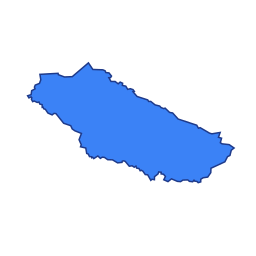 Iglesia, San Juan, Argentina, rotated 295°
{"feature_id": "61730980B72303812021480", "entity_name": "Iglesia", "entity_type": "district", "adm_level": 2, "iso_a3": "ARG", "parent_name": "Argentina", "parent_adm1": "San Juan", "projection": "albers", "projection_center": [-69.7, -29.592], "detail": "medium", "context": "isolated", "style": "filled", "palette": "blue", "viewbox_px": 256, "rotation_deg": 295, "n_neighbors": 0, "source": "geoboundaries", "source_scale": "gbopen_adm2", "svg_char_len": 1854}
<svg xmlns="http://www.w3.org/2000/svg" viewBox="0 0 256 256"><g transform="rotate(295 128 128)"><path d="M170.1,80.6L166.2,71.4L170.3,64.6L151.0,55.8L147.4,48.9L146.9,42.4L148.0,41.5L139.4,25.5L134.8,28.6L131.0,28.9L127.7,25.8L125.5,25.9L124.2,27.2L121.1,24.9L117.3,26.1L114.8,23.4L113.4,25.5L115.2,27.0L114.8,28.0L113.1,28.4L111.6,30.5L112.8,31.5L112.8,34.9L113.9,36.4L112.4,37.9L112.9,40.3L110.5,41.5L111.0,42.1L109.8,43.5L110.0,45.2L107.7,49.1L107.8,53.7L110.0,54.8L110.6,56.6L105.1,67.7L105.9,75.1L103.6,77.8L103.0,80.9L103.4,88.1L96.7,88.6L93.1,92.7L90.9,92.9L92.0,98.2L87.5,101.3L87.6,103.0L85.8,105.2L86.6,107.2L85.7,107.7L86.5,108.6L85.8,109.9L89.9,112.5L88.8,115.8L90.7,117.0L91.4,119.1L90.7,123.0L92.6,127.4L92.0,133.3L94.3,137.1L95.5,136.8L96.4,137.9L96.6,139.5L93.9,145.3L95.5,147.7L95.1,150.2L96.8,151.3L95.3,152.8L95.9,155.1L94.4,157.1L95.3,157.9L95.2,159.7L93.1,163.3L93.9,165.6L90.2,170.8L91.7,171.4L92.3,173.8L95.1,172.6L99.0,174.6L101.2,174.4L101.9,176.8L100.4,177.4L101.1,179.7L99.9,182.4L96.2,182.3L96.3,186.9L100.3,188.9L100.5,195.3L101.6,198.3L104.0,199.8L106.2,204.1L105.6,206.2L106.6,209.3L109.2,210.0L107.9,210.3L108.7,213.3L108.1,214.7L109.9,216.7L112.3,215.6L114.7,217.2L117.2,221.0L122.5,221.9L126.6,220.2L138.3,230.1L144.1,230.3L146.2,232.0L151.5,231.0L154.7,232.6L155.7,226.7L153.4,219.9L153.7,217.9L158.3,217.1L157.8,213.9L162.9,213.4L158.2,206.5L157.8,204.1L158.8,193.3L157.6,191.9L159.6,189.1L157.3,169.7L160.5,162.1L159.7,159.1L161.7,153.2L160.7,152.3L160.5,149.3L161.3,147.4L160.4,142.8L161.7,137.4L160.8,135.5L161.8,134.0L160.4,122.9L163.0,117.2L163.9,118.2L164.9,116.3L164.6,113.5L162.9,111.4L165.0,108.3L164.2,104.9L166.3,104.2L166.3,101.5L163.9,100.4L164.7,96.7L163.0,92.9L165.5,89.4L166.3,90.9L168.1,91.1L169.9,87.5L168.9,84.5L170.2,83.0L170.1,80.6Z" fill="#3b82f6" stroke="#1e3a8a" stroke-width="1.5"/></g></svg>